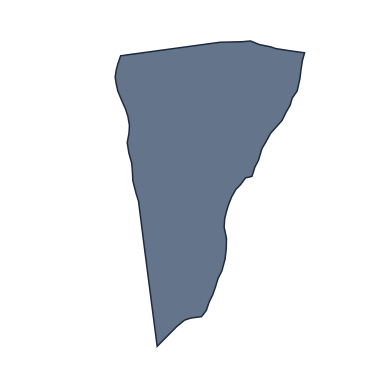 Miraselva, Paraná, Brazil (Mercator projection), rotated 8°
{"feature_id": "56859067B75197457658410", "entity_name": "Miraselva", "entity_type": "district", "adm_level": 2, "iso_a3": "BRA", "parent_name": "Brazil", "parent_adm1": "Paraná", "projection": "mercator", "projection_center": [-51.479, -22.99], "detail": "fine", "context": "isolated", "style": "filled", "palette": "slate", "viewbox_px": 384, "rotation_deg": 8, "n_neighbors": 0, "source": "geoboundaries", "source_scale": "gbopen_adm2", "svg_char_len": 963}
<svg xmlns="http://www.w3.org/2000/svg" viewBox="0 0 384 384"><g transform="rotate(8 192 192)"><path d="M102.4,67.0L100.8,75.1L100.0,81.5L99.9,88.9L102.0,95.8L104.5,102.4L109.5,110.9L114.7,119.2L118.1,126.3L120.8,134.9L121.4,142.4L121.0,152.2L124.1,162.3L128.3,171.9L129.9,179.0L132.0,189.5L137.0,201.6L140.3,208.5L153.6,257.4L179.0,349.7L182.6,344.8L187.1,338.8L195.8,327.1L202.5,319.9L208.4,317.0L218.8,314.1L222.7,307.2L224.2,298.9L226.7,291.3L228.4,283.2L229.8,274.1L232.6,265.8L234.1,253.8L233.8,243.2L232.6,233.1L228.7,222.3L228.1,213.7L228.8,207.0L229.8,200.1L231.9,191.4L235.1,183.3L239.2,177.7L243.1,170.5L249.2,168.2L250.7,159.0L253.4,151.2L255.2,139.4L258.5,131.3L261.6,123.0L267.1,114.8L271.2,108.6L273.9,100.4L277.2,92.0L278.1,85.3L282.1,77.2L283.1,64.8L282.9,54.6L283.1,46.1L284.1,38.5L275.8,38.5L267.3,38.5L255.0,38.3L249.6,37.3L238.1,36.6L229.0,34.3L220.8,36.2L198.9,39.8L102.4,67.0Z" fill="#64748b" stroke="#1e293b" stroke-width="1.5"/></g></svg>